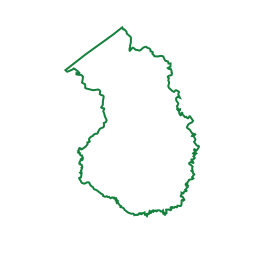 outline of Bu Dang, Bình Phước, Vietnam, rotated 156°
{"feature_id": "81297802B33312647698223", "entity_name": "Bu Dang", "entity_type": "district", "adm_level": 2, "iso_a3": "VNM", "parent_name": "Vietnam", "parent_adm1": "Bình Phước", "projection": "orthographic", "projection_center": [107.268, 11.771], "detail": "fine", "context": "isolated", "style": "outline", "palette": "green", "viewbox_px": 256, "rotation_deg": 156, "n_neighbors": 0, "source": "geoboundaries", "source_scale": "gbopen_adm2", "svg_char_len": 5682}
<svg xmlns="http://www.w3.org/2000/svg" viewBox="0 0 256 256"><g transform="rotate(156 128 128)"><path d="M172.3,70.9L171.3,71.1L170.0,70.7L168.8,69.9L168.3,68.9L167.5,68.8L167.5,68.6L168.7,68.6L167.6,67.5L167.5,67.1L168.1,66.7L167.4,66.4L167.2,66.0L168.2,66.2L167.9,65.4L168.4,65.3L168.7,64.2L168.0,64.3L167.4,63.9L167.5,62.6L167.1,61.6L166.9,60.2L166.1,59.5L166.2,59.2L166.7,58.9L166.9,58.7L166.0,58.2L164.6,56.5L164.4,55.8L164.5,54.7L162.1,50.4L160.0,48.5L157.9,47.5L157.7,47.2L157.7,46.0L157.3,46.1L156.2,45.3L155.0,45.2L154.7,44.7L153.4,44.7L152.6,45.5L151.9,45.4L151.2,45.0L151.3,44.2L150.5,43.8L149.7,44.4L148.5,44.0L147.2,44.1L147.9,41.9L146.4,41.1L146.2,40.6L146.6,40.1L146.5,39.8L145.6,40.7L145.7,41.1L146.1,41.6L146.0,41.8L144.9,41.7L143.8,41.1L142.4,42.9L142.2,41.6L142.0,41.2L141.6,41.1L141.4,41.4L141.4,42.6L141.2,42.8L140.6,42.6L139.3,41.4L138.9,42.5L138.5,42.6L138.1,42.2L138.2,41.5L137.7,41.3L136.4,41.3L136.0,40.3L135.7,40.3L135.7,40.8L135.3,40.9L134.4,40.7L132.8,40.0L132.1,39.1L131.9,38.3L130.8,37.9L129.6,38.4L130.0,36.9L130.5,36.4L130.6,35.4L129.7,33.8L129.4,33.7L129.0,34.3L129.0,35.3L128.8,35.6L128.4,35.4L128.3,34.5L127.7,34.4L127.4,34.6L126.6,36.8L126.6,37.6L126.3,37.9L123.9,36.9L122.6,35.6L121.9,35.7L120.5,37.2L121.5,37.6L121.4,38.0L120.7,38.2L119.2,37.4L118.9,36.6L118.5,36.4L117.2,36.9L115.7,35.7L115.4,35.8L114.4,36.9L111.9,35.4L111.2,35.4L110.3,36.3L108.4,40.1L107.7,40.2L106.9,39.1L105.7,39.5L106.1,42.9L107.5,43.9L107.6,44.2L107.2,44.8L106.0,45.5L105.4,47.2L104.0,45.8L102.5,47.0L101.4,47.0L100.4,46.6L100.0,47.0L100.7,48.4L99.7,48.7L98.3,49.6L97.5,49.7L97.2,50.5L96.6,50.9L96.8,51.4L98.3,51.7L98.4,52.8L97.8,53.6L97.5,53.7L96.6,53.2L96.3,53.3L95.7,54.3L93.9,55.1L93.6,55.7L93.1,55.8L90.0,55.1L88.7,55.3L88.7,55.6L89.5,56.6L89.5,57.0L88.8,57.2L87.5,58.3L86.4,58.5L86.4,59.2L87.0,60.6L87.0,61.1L86.4,61.9L86.4,62.4L87.4,62.8L87.5,63.1L86.4,63.3L86.1,63.6L85.7,65.3L84.7,66.4L85.3,68.1L86.6,70.0L86.6,70.7L86.2,71.2L84.9,71.4L84.4,71.2L82.7,69.6L82.4,69.7L82.7,72.1L83.1,73.0L82.9,73.4L82.3,73.4L81.5,72.7L79.7,73.2L79.2,73.5L79.1,73.9L79.8,75.4L76.6,76.9L75.9,77.0L76.0,77.3L76.4,77.6L78.4,77.2L78.9,78.3L75.7,79.3L75.6,79.8L75.8,80.3L76.5,80.9L76.4,81.4L76.0,81.6L75.8,81.4L74.4,79.7L72.2,80.8L70.7,82.2L70.9,83.1L71.7,83.4L72.3,84.1L73.3,88.2L73.2,88.6L72.0,89.1L71.0,90.3L71.5,94.0L72.8,94.7L72.4,95.1L70.8,95.0L69.8,94.5L69.2,94.8L69.3,95.1L70.9,96.4L71.7,97.5L72.2,100.9L72.5,101.7L73.8,103.8L73.9,104.7L72.1,106.3L71.3,106.8L70.1,107.1L67.7,107.1L66.8,107.4L65.6,108.1L66.7,113.6L67.0,113.7L68.7,112.6L69.3,112.5L69.9,113.1L70.2,114.5L71.5,114.7L71.7,114.9L72.1,116.9L72.8,118.5L72.7,119.0L72.2,119.6L72.3,119.9L72.5,120.0L73.8,119.5L74.5,118.2L74.8,118.2L75.0,118.4L75.2,120.0L74.9,121.4L74.9,122.3L74.7,122.6L73.1,123.3L72.8,123.9L75.1,124.1L75.5,125.1L75.3,125.5L74.5,125.8L74.5,128.0L72.9,128.9L72.2,129.8L72.1,130.3L72.7,133.3L72.3,135.0L71.7,135.8L69.8,136.3L68.3,134.6L68.4,138.0L68.1,138.8L66.8,140.0L66.8,140.5L68.5,142.8L69.1,143.0L69.8,142.9L71.3,142.3L71.7,142.7L72.6,144.1L74.3,148.1L74.2,149.9L72.4,152.1L71.9,153.0L71.8,155.2L70.4,156.9L70.9,157.8L70.7,158.7L69.5,159.0L67.8,158.9L66.8,158.6L66.6,159.0L65.4,160.1L65.6,161.2L65.1,162.0L64.9,164.3L66.9,165.6L67.2,166.6L64.2,166.8L62.9,169.7L63.4,170.0L64.8,170.4L64.5,172.6L66.5,174.3L66.8,176.3L66.7,178.9L66.9,179.2L67.6,179.9L69.3,180.8L71.4,181.1L74.7,182.8L74.8,184.0L75.5,185.6L75.5,186.0L74.6,186.8L74.7,187.6L76.2,188.9L75.7,190.2L75.8,191.2L76.3,192.1L77.8,193.5L78.3,194.7L79.0,195.1L81.5,195.2L84.2,194.2L86.2,194.1L87.9,195.6L89.0,196.1L89.5,196.8L90.0,198.2L90.9,199.4L91.5,199.4L94.9,197.8L95.1,198.1L94.3,199.9L93.0,201.3L92.6,202.4L90.7,204.8L88.6,209.3L88.7,210.5L90.7,214.7L90.2,216.6L91.2,219.5L92.0,219.8L92.3,220.1L92.4,222.3L103.2,219.5L137.2,212.4L161.6,206.3L160.8,204.3L160.5,204.1L158.7,204.0L154.6,204.0L153.4,204.4L152.8,203.8L150.8,200.2L150.0,198.2L150.3,197.9L151.1,197.9L151.7,198.2L152.7,199.1L153.3,198.0L151.9,196.9L149.4,195.8L148.8,194.9L148.3,193.2L149.7,190.7L151.5,188.3L151.3,187.7L149.5,185.6L149.7,184.4L150.7,182.3L150.7,181.8L150.2,181.2L144.9,177.0L143.8,176.5L139.9,175.4L139.4,175.1L138.7,174.2L138.4,172.9L140.0,170.5L139.3,169.2L137.7,167.9L137.4,167.1L137.6,166.2L139.9,162.9L141.6,159.4L143.8,157.9L144.1,157.6L143.8,156.9L142.2,155.9L141.8,155.5L141.9,155.2L143.3,153.9L143.8,153.2L143.8,151.1L144.4,148.0L144.3,144.4L144.5,143.5L145.9,142.3L148.1,142.4L148.7,140.4L149.7,138.9L150.3,138.7L152.9,138.8L154.4,138.5L157.1,136.5L157.3,136.0L157.9,135.6L158.7,135.4L159.9,135.9L161.2,136.0L162.5,135.7L163.2,135.1L165.5,135.0L167.6,134.2L168.5,132.9L168.3,132.1L168.6,131.1L169.2,131.0L170.8,131.4L171.3,130.8L171.2,130.2L171.5,129.7L174.0,128.3L179.1,127.3L179.7,127.8L179.7,128.8L180.5,129.4L181.1,129.1L182.0,127.9L182.3,127.1L182.9,127.1L182.6,126.3L182.6,125.9L183.4,125.7L182.9,125.0L182.1,124.4L182.7,123.8L182.6,123.0L182.2,122.1L182.0,121.8L181.2,121.6L181.4,119.4L182.2,119.1L181.7,118.7L182.1,118.4L182.2,117.7L182.6,117.4L183.1,117.4L184.0,118.4L184.7,117.5L185.6,116.9L186.5,116.1L186.9,115.2L186.2,114.8L186.4,114.0L185.4,113.2L185.3,112.7L185.6,111.0L186.0,110.6L186.7,110.5L186.6,109.6L187.5,108.7L188.3,108.3L188.3,107.6L188.6,106.7L188.6,105.7L188.8,105.6L189.5,106.7L189.9,106.7L189.7,105.7L189.3,105.0L189.6,104.2L191.1,102.0L191.5,101.9L192.7,102.3L193.0,102.1L193.1,100.7L192.8,99.7L192.6,96.9L191.6,95.7L190.9,95.4L190.3,94.8L187.5,95.0L186.0,94.4L185.7,93.8L185.6,91.2L185.2,89.9L184.1,88.2L183.9,85.9L181.9,83.9L179.0,78.5L178.2,77.7L178.0,76.9L178.4,76.1L177.1,74.6L176.6,74.4L175.4,74.4L175.0,74.1L174.6,73.2L173.3,72.8L173.0,71.7L172.3,70.9Z" fill="none" stroke="#15803d" stroke-width="2"/></g></svg>